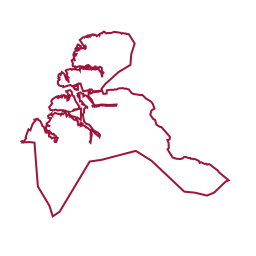 outline of Sør-Varanger nor, Finnmark, Norway, rotated 275°
{"feature_id": "86288312B98224162040661", "entity_name": "Sør-Varanger nor", "entity_type": "district", "adm_level": 2, "iso_a3": "NOR", "parent_name": "Norway", "parent_adm1": "Finnmark", "projection": "mercator", "projection_center": [30.163, 69.519], "detail": "fine", "context": "isolated", "style": "outline", "palette": "rose", "viewbox_px": 256, "rotation_deg": 275, "n_neighbors": 0, "source": "geoboundaries", "source_scale": "gbopen_adm2", "svg_char_len": 5741}
<svg xmlns="http://www.w3.org/2000/svg" viewBox="0 0 256 256"><g transform="rotate(275 128 128)"><path d="M33.4,60.7L38.7,67.2L91.3,92.8L94.0,104.5L105.9,137.7L97.5,154.2L69.5,189.6L69.4,200.3L67.6,212.6L71.2,219.5L83.1,229.9L84.7,232.8L91.9,222.3L93.2,221.5L99.1,212.2L98.4,210.0L99.2,209.3L99.0,207.1L100.3,203.8L99.6,202.4L101.2,201.6L102.5,198.8L102.9,196.9L102.6,196.0L103.0,195.2L102.8,193.3L103.6,192.6L103.3,191.1L104.3,187.7L103.8,186.2L102.5,185.2L101.6,182.6L101.6,178.9L102.5,175.0L110.2,169.3L111.7,170.4L116.7,169.7L119.4,168.3L120.0,170.1L120.8,170.6L123.0,170.4L131.8,161.2L132.0,159.5L133.8,156.0L138.5,154.2L139.1,152.4L143.1,149.0L147.6,149.9L149.6,152.7L154.4,150.5L156.3,148.6L159.2,142.9L162.1,139.6L161.9,137.6L162.4,130.4L163.4,128.2L166.5,125.5L167.1,122.2L166.8,121.1L167.3,119.6L166.7,115.5L165.4,113.2L165.2,111.1L164.8,110.5L164.5,107.1L163.7,103.6L160.4,103.7L159.9,100.5L163.2,98.8L161.7,96.3L160.7,90.2L159.1,88.0L159.3,86.2L159.8,87.6L160.8,87.0L159.8,85.6L156.2,85.9L153.1,89.3L148.4,91.9L147.7,93.3L148.5,97.9L149.1,99.0L149.3,107.0L150.4,114.5L149.2,114.2L148.6,109.8L148.7,107.7L147.8,107.1L148.5,107.3L148.1,103.9L148.5,101.7L148.1,100.3L148.6,99.1L147.7,97.7L147.8,96.7L147.0,96.7L146.9,95.8L147.4,95.6L146.6,94.7L146.3,93.0L146.8,92.6L146.3,90.9L146.9,90.7L147.4,92.1L148.6,91.8L156.4,84.0L156.9,82.3L155.6,80.8L158.2,80.5L158.1,79.6L159.3,77.5L157.8,74.8L156.7,75.6L156.5,76.8L155.8,76.5L156.0,75.3L155.8,75.0L154.7,75.8L155.6,76.3L155.2,77.0L150.3,77.8L150.7,79.4L148.5,81.2L147.8,80.2L147.2,81.2L147.3,82.3L145.3,85.6L144.7,85.6L145.2,84.7L144.9,84.1L143.0,82.6L139.7,82.9L137.6,81.8L130.6,83.7L128.7,85.8L127.8,89.2L122.6,94.0L120.6,98.6L118.6,100.7L116.9,100.4L117.7,100.0L117.2,99.5L119.9,95.4L123.2,92.9L120.5,91.8L118.3,92.5L110.1,91.9L110.8,91.1L113.3,92.0L120.4,91.1L123.2,92.0L122.7,90.4L124.7,87.5L124.9,85.9L125.7,86.0L126.9,82.9L126.1,81.3L128.4,82.3L129.2,80.4L127.6,80.7L127.9,80.0L126.9,79.6L126.4,78.2L130.8,77.2L131.4,75.4L132.1,75.9L131.4,73.8L134.4,69.9L134.2,69.0L135.4,69.3L136.5,67.8L134.3,65.8L137.8,64.7L137.7,63.6L136.0,62.1L136.6,60.9L134.9,59.9L136.1,59.0L135.9,57.2L136.7,54.0L134.4,51.5L133.6,51.6L134.7,49.9L135.5,50.1L133.1,47.3L131.1,47.9L131.1,50.4L127.5,48.9L125.4,46.6L124.1,47.2L123.0,50.3L123.3,46.5L120.1,46.2L118.3,47.9L117.9,48.7L118.3,49.8L117.3,49.8L116.7,51.7L115.7,51.9L115.2,54.1L115.6,54.5L114.1,55.5L114.1,56.4L113.2,57.3L112.2,57.4L112.0,58.8L107.8,57.7L107.7,56.5L108.1,55.9L111.7,56.1L111.9,54.5L111.0,52.9L112.7,51.4L112.7,50.1L115.8,49.7L116.8,47.9L116.1,47.0L116.4,46.4L122.0,43.9L122.4,42.7L126.3,40.7L127.8,39.4L128.0,38.0L129.3,37.3L129.2,36.2L127.8,35.4L128.4,34.9L128.2,34.0L126.9,34.7L123.4,32.5L117.2,30.9L118.0,29.0L109.8,26.8L108.9,27.5L104.5,24.5L105.4,31.0L105.3,36.1L61.9,43.3L43.7,56.5L33.4,60.7ZM175.4,54.4L173.0,54.0L172.0,55.4L171.1,54.4L170.1,55.6L168.6,54.2L166.2,54.2L164.4,55.9L163.9,57.4L164.1,59.7L163.1,60.0L165.9,66.9L165.0,68.2L164.9,69.5L167.3,73.7L166.9,74.2L168.1,75.2L167.7,75.7L168.1,76.8L160.9,80.0L160.9,81.7L161.9,84.3L161.5,85.1L163.2,86.5L162.9,87.2L163.2,88.5L161.5,90.0L162.5,95.8L161.9,96.1L163.5,98.7L164.7,98.2L169.9,101.6L183.1,113.9L191.0,124.9L201.7,124.8L212.7,127.3L221.5,120.7L221.5,118.2L222.0,117.5L221.8,116.4L222.1,114.4L221.4,113.3L222.2,112.2L222.6,105.9L221.1,102.7L220.9,99.7L220.3,98.3L221.1,96.8L222.0,97.1L221.7,96.8L221.9,95.3L219.9,93.7L220.1,93.0L219.3,91.7L218.0,91.5L218.6,91.1L216.8,88.7L218.0,87.7L217.8,86.7L218.2,85.8L217.6,85.4L218.1,84.8L218.0,84.1L216.7,83.2L216.4,81.2L217.0,81.4L216.7,80.3L215.9,80.9L216.3,79.6L215.7,78.6L215.1,79.1L215.3,77.4L214.4,76.7L214.5,75.5L211.5,72.3L205.7,76.9L205.9,77.3L205.2,77.1L205.6,78.8L203.7,78.9L203.1,78.5L203.7,76.1L203.1,74.7L203.2,74.1L205.7,73.7L205.5,72.8L206.8,71.6L206.8,70.7L203.5,69.6L203.5,70.5L202.2,70.5L204.0,71.7L202.1,71.4L203.0,72.7L201.8,72.8L200.6,71.1L203.2,69.3L202.2,68.5L200.4,69.6L199.0,67.9L196.0,67.1L195.5,67.4L197.1,69.1L197.2,70.2L195.4,69.5L195.4,68.4L194.1,67.8L190.0,69.4L192.1,67.8L190.4,66.0L187.2,67.6L185.4,67.1L185.8,67.4L184.6,67.9L184.7,70.7L183.8,69.1L183.9,70.8L185.4,74.4L185.3,77.2L184.8,77.5L185.1,78.1L184.9,79.4L186.7,81.3L187.3,83.1L186.5,84.3L185.6,82.4L185.1,82.1L184.9,83.0L185.7,84.1L184.9,86.9L185.1,87.9L185.9,90.3L186.5,90.2L186.5,90.3L185.3,90.6L185.8,92.5L185.5,93.8L186.6,94.8L185.7,96.6L182.1,97.1L181.1,98.7L179.5,97.7L176.3,97.9L180.4,96.6L184.4,93.2L183.4,90.1L183.7,86.6L183.0,86.4L183.3,85.5L183.0,83.4L183.5,81.7L183.0,81.4L183.4,80.2L182.9,78.5L183.6,77.3L183.2,74.9L181.3,75.0L181.9,74.6L181.5,72.1L182.2,70.8L181.7,69.6L181.9,68.2L181.2,67.0L181.7,66.6L181.6,65.4L180.5,61.6L179.6,61.0L177.2,62.8L175.2,62.2L173.6,63.7L173.8,62.4L172.8,62.3L170.9,64.3L167.9,65.1L170.6,63.9L170.6,62.5L176.3,59.8L178.0,57.2L175.1,56.3L176.1,55.5L175.4,54.4ZM145.8,50.4L141.8,47.6L139.2,49.1L139.1,52.3L140.1,54.3L139.2,56.7L139.9,58.3L140.0,61.8L139.0,61.6L139.9,64.2L139.2,64.8L139.0,68.4L138.5,67.4L137.0,67.9L135.0,70.6L134.4,74.4L133.8,75.3L134.1,76.3L132.0,80.3L143.2,79.6L142.5,76.5L141.8,75.3L142.0,74.7L140.3,71.9L140.5,71.6L141.7,72.6L142.7,76.7L144.9,77.8L150.6,73.2L155.0,71.3L155.5,69.8L159.4,68.6L160.7,66.8L159.3,63.2L158.8,63.4L159.0,64.2L155.9,65.5L155.8,66.9L155.1,67.7L154.2,67.5L154.0,66.3L152.3,66.9L150.7,66.1L150.2,65.2L153.8,64.8L153.8,63.6L153.0,63.6L152.8,62.7L154.0,63.0L154.4,64.5L154.6,63.2L154.3,62.0L155.0,62.0L155.2,61.0L154.6,59.9L152.7,59.5L153.0,58.5L154.0,58.3L153.3,57.8L153.2,56.8L153.9,56.2L153.4,55.3L151.1,56.6L153.0,53.9L149.8,49.9L147.7,49.2L145.8,50.4ZM163.9,70.1L162.0,71.5L162.4,73.2L161.5,73.3L161.7,74.8L166.2,74.3L163.9,70.1ZM104.6,24.4L105.0,24.5L105.7,23.8L105.4,23.2L104.6,24.4Z" fill="none" stroke="#9f1239" stroke-width="2"/></g></svg>